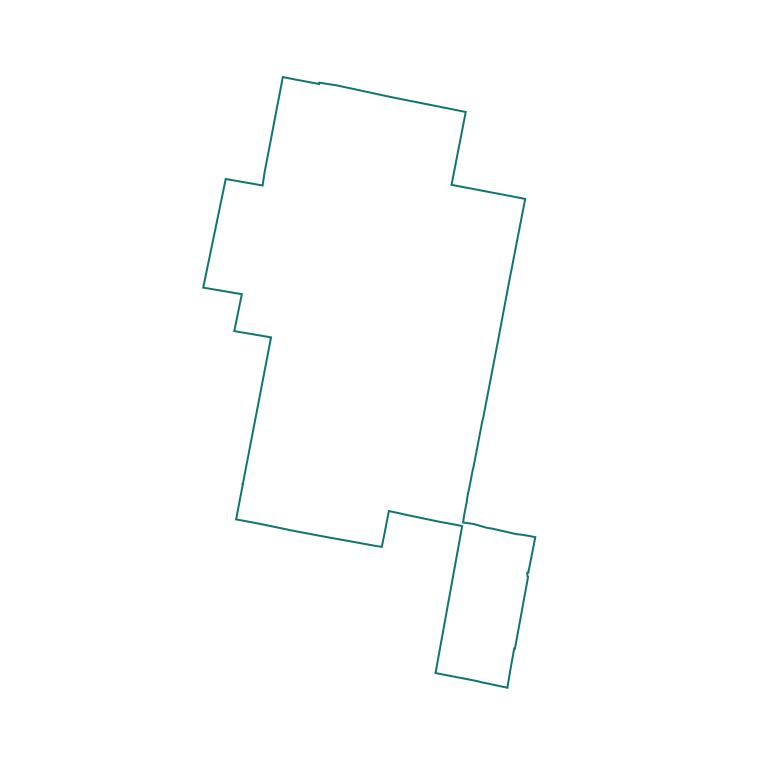 the district of Urzica, Olt, Romania, rotated 262°
{"feature_id": "2599482B65259464639789", "entity_name": "Urzica", "entity_type": "district", "adm_level": 2, "iso_a3": "ROU", "parent_name": "Romania", "parent_adm1": "Olt", "projection": "albers", "projection_center": [24.245, 43.86], "detail": "fine", "context": "isolated", "style": "outline", "palette": "teal", "viewbox_px": 768, "rotation_deg": 262, "n_neighbors": 0, "source": "geoboundaries", "source_scale": "gbopen_adm2", "svg_char_len": 1728}
<svg xmlns="http://www.w3.org/2000/svg" viewBox="0 0 768 768"><g transform="rotate(262 384 384)"><path d="M477.4,525.4L480.4,526.5L502.1,533.9L547.6,549.6L556.9,522.6L558.1,518.9L567.9,490.1L571.8,478.6L642.0,502.8L665.4,435.9L668.7,426.6L686.4,378.4L691.4,361.8L690.1,361.5L694.6,348.3L698.2,337.5L700.5,331.0L702.0,326.5L694.3,323.9L679.9,319.0L671.6,316.1L662.1,312.9L640.0,305.4L631.3,302.4L611.2,295.5L597.5,291.4L609.0,255.8L504.6,218.4L492.7,255.7L457.2,243.1L445.9,278.6L444.9,278.3L444.9,278.0L444.4,277.8L444.0,278.0L331.5,239.5L321.1,235.9L309.0,231.8L304.9,230.4L304.8,230.0L304.2,229.9L303.9,230.1L284.6,223.5L281.0,222.3L280.4,222.1L278.9,221.6L277.3,221.0L275.4,220.4L271.4,219.0L270.5,218.7L270.1,220.0L264.2,237.6L254.2,265.6L252.1,271.3L246.1,289.0L238.8,310.7L233.8,326.1L229.9,337.8L225.3,351.7L223.0,359.1L236.1,363.8L243.5,366.3L257.5,371.1L256.0,375.4L250.5,390.1L239.7,420.1L236.8,429.1L235.8,431.9L233.8,437.9L232.3,441.6L90.6,394.8L86.3,407.2L77.4,433.3L74.4,440.8L72.4,446.6L68.7,456.7L66.0,464.0L67.3,464.3L86.6,470.4L98.1,474.2L103.9,476.1L103.8,476.6L103.7,476.8L104.8,477.2L127.1,484.6L136.3,487.7L140.0,488.9L141.8,489.5L149.2,491.9L160.2,495.6L172.8,499.8L173.0,499.5L173.2,499.4L173.8,499.4L176.3,499.5L177.3,499.7L177.5,500.1L177.3,500.8L177.9,500.9L190.2,505.2L211.3,512.5L213.4,506.3L215.4,500.1L216.9,494.2L225.6,471.3L227.3,465.8L230.1,459.5L232.9,453.3L235.8,443.1L237.4,443.5L242.6,445.0L244.4,445.6L246.1,446.2L249.9,447.5L255.7,449.5L261.1,451.0L266.7,453.0L267.6,453.4L276.8,456.6L280.7,457.9L285.7,459.6L289.7,461.2L313.9,469.5L321.9,472.2L327.1,474.0L332.5,475.8L337.2,477.7L407.1,501.6L408.8,502.2L467.2,521.9L477.4,525.4Z" fill="none" stroke="#0f766e" stroke-width="2"/></g></svg>